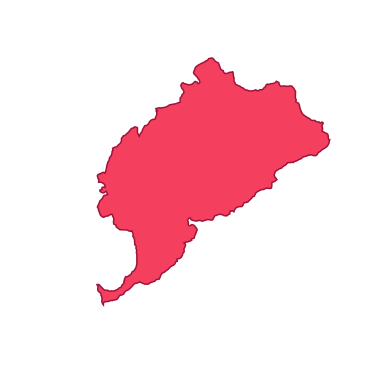 the district of Rastolita, Mures, Romania, rotated 32°
{"feature_id": "2599482B10826612307233", "entity_name": "Rastolita", "entity_type": "district", "adm_level": 2, "iso_a3": "ROU", "parent_name": "Romania", "parent_adm1": "Mures", "projection": "mercator", "projection_center": [25.011, 47.006], "detail": "fine", "context": "isolated", "style": "filled", "palette": "rose", "viewbox_px": 384, "rotation_deg": 32, "n_neighbors": 0, "source": "geoboundaries", "source_scale": "gbopen_adm2", "svg_char_len": 6047}
<svg xmlns="http://www.w3.org/2000/svg" viewBox="0 0 384 384"><g transform="rotate(32 192 192)"><path d="M176.7,334.7L175.9,333.4L175.8,332.2L176.1,331.5L179.4,328.8L180.6,327.0L182.1,326.3L182.9,325.1L184.7,323.6L185.4,322.2L185.4,318.7L186.1,317.2L186.9,316.7L187.8,315.4L188.2,314.3L187.9,313.1L188.5,310.5L189.1,309.9L190.0,308.4L190.9,305.2L191.6,300.9L192.0,300.0L194.1,297.9L194.7,297.0L194.9,296.1L200.7,295.2L203.4,293.5L204.0,293.0L204.1,292.3L205.0,290.6L207.7,287.4L208.0,285.6L209.1,284.2L210.4,283.2L209.6,278.6L209.7,276.8L211.3,274.2L211.7,272.6L212.8,270.1L213.4,267.0L213.9,265.8L215.6,262.8L215.3,259.8L215.5,258.8L216.2,258.5L214.8,256.7L216.6,255.1L217.5,253.2L217.4,250.8L216.7,248.7L217.1,247.6L216.8,246.5L216.3,245.7L215.5,245.0L215.0,241.6L214.6,240.3L213.7,239.6L212.1,239.4L213.5,237.5L214.6,236.8L216.4,234.6L217.3,233.1L216.5,232.6L216.4,232.2L218.1,230.2L218.2,229.7L217.4,227.1L217.3,225.5L216.7,223.2L216.6,221.8L216.0,220.9L213.6,219.8L211.1,219.2L209.4,219.6L208.9,220.1L207.9,221.9L206.9,222.1L205.8,221.4L205.6,220.4L203.3,218.1L203.1,216.9L203.3,215.9L204.3,214.9L205.7,216.0L208.3,215.5L211.3,214.2L213.5,212.0L216.2,211.3L219.9,207.0L223.0,205.7L224.2,204.9L224.3,204.1L224.2,202.2L223.8,200.5L226.9,196.5L229.8,195.1L231.6,195.1L233.3,194.3L234.5,193.3L234.8,191.7L235.1,191.2L235.6,190.8L234.5,187.8L235.5,187.4L236.3,186.5L238.0,186.6L237.6,184.6L237.7,182.2L239.1,180.0L242.1,177.8L242.3,176.7L241.8,174.4L242.0,173.5L244.6,171.0L245.9,165.3L246.0,163.6L247.1,162.6L246.8,161.1L246.7,158.4L247.8,156.2L249.6,153.3L251.5,151.8L252.3,150.3L253.6,149.1L256.5,147.5L257.2,146.6L256.8,145.2L254.7,141.5L256.4,139.5L257.5,136.6L256.2,135.9L254.7,135.6L253.2,134.6L252.6,133.8L252.0,131.5L252.0,129.5L252.8,128.3L253.5,126.5L254.6,125.0L255.3,124.4L255.5,122.9L255.8,121.9L256.9,119.9L257.2,118.7L257.1,118.0L257.4,117.9L257.6,116.6L258.7,115.5L259.6,115.3L260.4,114.2L262.3,113.3L262.3,112.5L264.5,109.8L265.3,108.0L267.0,105.8L267.4,103.8L270.9,99.8L271.1,98.9L272.1,98.6L273.4,97.2L275.4,96.8L277.2,96.0L277.9,95.1L278.3,94.0L278.2,91.7L279.3,89.5L279.5,88.1L281.4,84.3L282.5,81.4L282.3,78.2L281.2,75.4L280.9,75.2L281.1,74.8L279.9,74.7L278.9,74.1L277.9,72.3L276.5,71.1L275.3,70.9L274.1,71.2L269.9,71.4L269.5,69.5L267.0,66.7L266.9,64.5L266.5,63.9L265.2,63.8L264.4,65.5L262.4,65.3L260.8,66.5L258.3,66.2L256.0,67.6L255.1,67.9L251.9,67.4L251.2,67.7L247.5,67.6L245.3,67.4L243.7,67.0L240.3,64.6L238.5,63.1L237.4,61.7L235.9,60.6L235.2,60.2L232.2,60.6L231.6,58.7L229.6,57.2L226.5,51.8L223.3,50.1L220.5,49.3L218.8,50.1L217.7,51.4L213.5,53.5L211.3,55.3L209.5,54.9L207.6,53.1L204.9,53.4L204.4,55.6L203.9,56.4L201.2,58.7L200.1,60.1L198.6,60.6L198.1,62.5L198.5,63.8L197.7,66.0L197.8,66.9L197.3,68.1L196.4,68.5L195.3,69.4L194.8,70.7L194.1,71.2L192.7,71.9L192.0,71.5L190.1,73.9L187.0,76.0L185.1,76.2L183.1,77.2L180.5,76.7L178.5,77.1L177.0,76.9L172.3,77.6L168.8,75.7L167.1,72.8L166.2,72.3L163.6,69.0L162.9,68.5L162.7,68.5L162.3,69.2L160.4,70.6L159.6,72.0L159.1,72.6L156.8,74.2L155.1,73.5L154.3,72.5L152.9,72.8L150.9,72.4L146.2,68.6L142.7,68.9L139.3,67.7L138.4,67.6L137.3,68.2L135.4,70.2L135.4,72.3L134.4,73.3L133.7,75.1L131.6,78.3L129.4,82.4L128.9,84.6L129.9,89.6L130.4,90.3L131.4,90.9L135.6,91.8L137.1,92.7L138.3,92.9L140.1,94.2L140.5,94.7L140.4,95.8L140.1,96.6L139.7,96.8L138.9,96.7L138.4,96.1L136.0,96.6L135.0,100.5L134.4,101.0L133.8,101.9L132.9,102.3L132.0,103.2L130.6,103.3L128.2,104.2L126.7,104.0L126.4,104.2L125.9,105.0L125.9,107.0L126.1,107.6L128.2,109.3L131.4,110.6L132.2,111.6L132.4,113.0L132.0,115.3L132.5,115.9L132.5,116.3L132.2,118.8L134.4,121.9L131.3,125.9L127.3,129.5L126.5,130.6L125.7,132.5L124.3,134.4L120.8,137.4L119.7,137.9L117.2,140.3L117.2,140.7L118.3,140.9L118.6,142.1L119.4,141.5L119.7,141.5L119.5,142.6L121.1,145.0L121.6,148.1L122.2,149.7L120.4,151.1L119.3,152.6L118.7,154.7L118.9,156.7L118.7,158.3L118.3,159.3L116.8,161.0L117.0,164.8L117.6,167.9L117.3,170.3L117.7,172.8L114.2,170.5L111.8,166.5L110.6,166.5L108.8,167.2L107.9,169.4L107.1,170.0L106.9,170.5L106.5,174.4L105.3,179.2L105.1,179.7L104.0,180.6L104.0,182.1L103.7,183.7L105.1,186.2L105.4,187.8L105.3,189.2L104.7,190.6L104.3,192.5L104.4,193.4L102.5,195.2L101.5,197.0L103.0,198.9L102.7,199.5L103.0,200.5L103.5,201.2L104.2,204.1L103.9,206.2L104.1,207.4L104.7,208.3L104.9,209.9L104.8,211.2L105.7,214.4L107.4,218.6L108.3,222.1L107.5,222.0L106.2,222.4L105.0,224.1L104.9,225.1L104.3,225.3L103.1,226.9L103.1,228.4L104.8,230.1L106.5,231.0L106.8,231.5L106.9,232.2L107.7,233.2L109.0,232.2L111.5,231.6L113.5,231.9L115.0,232.8L115.4,233.8L115.8,234.1L114.4,234.7L113.4,235.6L113.7,237.1L114.3,237.7L113.0,238.9L112.9,239.4L113.8,240.3L116.2,240.2L117.2,239.8L117.8,239.3L118.0,238.5L119.0,236.9L121.8,238.8L119.4,241.5L119.1,242.5L119.4,244.9L118.6,248.5L119.3,251.7L119.5,254.1L119.7,254.8L120.2,255.3L121.4,255.5L122.6,257.3L124.0,257.8L124.4,258.6L126.9,260.3L129.2,260.6L130.5,260.3L131.9,258.1L133.7,256.6L134.9,254.0L136.2,253.3L137.2,254.4L139.0,255.3L140.8,257.5L141.1,259.0L141.8,259.5L142.4,260.5L143.0,260.7L144.8,260.3L145.9,261.0L146.1,261.7L150.8,262.2L156.6,258.9L157.9,258.4L158.4,258.6L160.0,258.2L160.9,257.8L161.6,256.8L164.8,259.3L165.3,261.0L166.7,261.4L169.1,263.5L169.3,264.3L170.8,265.9L171.2,266.9L173.2,267.5L173.7,267.9L173.8,268.6L174.6,269.8L176.0,270.6L176.6,272.3L178.6,274.8L179.4,275.2L179.4,275.7L179.7,276.7L180.8,277.5L180.8,278.5L182.3,280.1L182.4,281.0L183.5,282.2L183.5,282.6L184.6,286.1L184.5,287.4L184.8,288.7L183.5,291.7L183.7,292.5L183.8,294.1L183.4,295.2L183.0,295.7L182.7,297.0L181.7,298.4L180.8,298.7L180.6,299.9L181.0,301.1L180.9,301.8L181.7,302.8L181.4,303.3L181.5,303.7L181.8,304.0L182.5,305.8L181.9,308.4L182.2,309.1L182.2,310.6L181.5,311.3L180.7,312.9L180.8,313.2L180.4,314.2L178.7,316.7L177.2,318.1L175.7,318.8L174.6,320.0L172.7,320.0L170.2,321.4L168.9,321.5L162.2,319.8L161.4,320.1L160.5,320.9L162.7,322.3L163.2,323.8L164.1,325.2L166.0,326.0L167.8,326.1L169.2,326.9L169.5,327.8L170.6,328.4L172.4,330.3L173.5,332.7L175.6,334.3L176.7,334.7Z" fill="#f43f5e" stroke="#9f1239" stroke-width="1.5"/></g></svg>